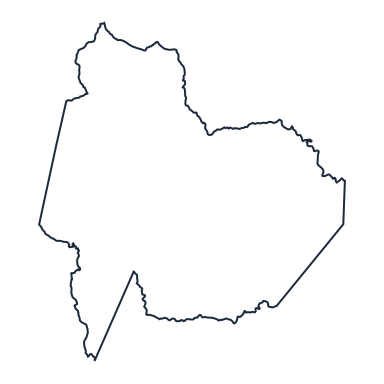 the district of Orito, Putumayo, Colombia
{"feature_id": "7082276B12408702465478", "entity_name": "Orito", "entity_type": "district", "adm_level": 2, "iso_a3": "COL", "parent_name": "Colombia", "parent_adm1": "Putumayo", "projection": "robinson", "projection_center": [-76.952, 0.681], "detail": "fine", "context": "isolated", "style": "outline", "palette": "slate", "viewbox_px": 384, "rotation_deg": 0, "n_neighbors": 0, "source": "geoboundaries", "source_scale": "gbopen_adm2", "svg_char_len": 5844}
<svg xmlns="http://www.w3.org/2000/svg" viewBox="0 0 384 384"><path d="M39.1,224.6L41.1,226.8L42.6,229.8L44.6,231.9L45.5,233.9L48.3,235.5L50.7,237.5L52.2,238.4L52.7,238.3L53.6,238.8L55.5,240.1L56.0,240.6L57.5,240.9L60.7,240.9L63.4,241.8L66.1,241.9L67.9,242.5L69.3,244.7L68.8,245.6L68.8,246.3L69.5,247.2L73.3,246.7L72.7,245.6L72.6,244.8L72.7,243.6L73.4,243.4L74.5,246.2L75.7,246.3L76.2,247.5L76.1,248.5L78.0,248.5L78.0,249.9L78.8,250.2L78.8,251.4L77.7,253.1L78.7,254.6L78.9,255.8L78.8,256.5L78.3,257.0L77.5,258.8L77.1,260.4L77.2,262.2L77.8,265.6L78.2,266.3L79.9,267.9L80.1,269.3L79.6,270.2L79.1,270.2L78.0,269.3L76.7,270.5L75.4,271.1L74.9,272.4L73.7,273.1L71.4,273.2L71.6,277.1L72.1,278.9L71.9,279.5L71.3,279.9L71.4,280.9L70.7,283.7L70.8,286.5L71.2,286.8L71.5,288.1L71.4,293.5L72.6,297.2L75.7,299.8L76.7,301.8L77.1,304.0L74.5,305.6L75.6,308.6L77.8,310.7L78.3,312.5L78.5,314.9L79.7,318.3L79.8,320.3L81.6,322.3L86.1,324.5L86.5,325.2L87.0,327.6L87.5,328.6L87.8,332.9L86.2,337.9L84.5,340.6L84.0,342.2L84.4,346.6L85.8,350.5L85.8,351.8L85.6,352.1L85.7,353.0L86.7,354.1L88.0,356.6L88.8,356.1L89.3,355.1L90.3,354.1L91.1,354.0L91.8,354.5L93.1,356.3L94.2,357.1L95.0,358.3L94.5,361.0L133.7,271.6L134.5,272.3L135.2,273.5L136.7,274.5L137.1,275.4L137.1,277.7L137.6,281.5L136.8,283.4L139.1,285.3L140.0,286.9L141.9,288.2L142.1,288.6L142.3,289.5L141.8,290.5L141.7,291.4L142.3,294.3L145.0,295.3L145.0,296.1L144.5,297.0L142.8,298.7L142.7,299.5L143.5,300.5L144.9,301.1L145.4,301.9L145.5,302.9L145.3,304.2L144.2,306.7L145.8,308.5L146.8,310.3L146.3,314.3L147.0,314.9L149.4,314.8L154.0,316.0L156.3,317.5L158.2,318.2L159.4,319.2L161.0,318.6L162.8,318.5L164.6,317.8L166.8,318.3L167.9,319.4L169.4,320.3L170.7,319.8L171.9,318.7L172.9,318.6L174.0,318.7L174.6,319.0L175.4,319.8L175.6,320.7L176.7,321.2L179.8,321.1L180.7,320.3L181.6,320.1L182.6,320.3L183.7,321.2L184.6,320.9L186.1,319.4L188.3,319.1L190.6,319.5L193.3,319.4L193.9,319.0L194.2,318.3L194.8,317.8L197.4,317.6L197.8,316.6L198.6,316.1L199.0,315.3L200.3,315.0L200.9,315.3L201.9,316.9L202.9,317.4L205.2,317.0L207.9,317.6L211.7,317.7L214.8,318.5L217.4,319.5L218.4,320.4L218.8,320.5L220.4,319.8L221.4,320.1L225.0,318.9L225.7,318.5L226.4,318.5L228.3,319.4L229.9,319.5L230.8,320.0L232.6,321.5L233.5,323.0L234.4,323.4L235.1,323.1L236.5,321.1L237.1,319.5L237.6,316.9L238.2,316.5L239.5,316.9L240.6,316.7L243.5,313.7L244.0,312.0L244.5,311.1L245.3,311.3L245.6,312.3L246.0,312.5L248.1,312.1L249.7,312.5L252.4,311.9L254.9,312.3L255.7,311.2L255.5,308.9L256.0,308.2L257.2,308.2L259.0,309.0L259.4,308.9L259.7,308.1L258.4,306.5L258.9,304.4L260.3,303.1L262.3,302.5L262.9,301.9L263.1,301.2L263.6,300.9L266.0,301.4L267.6,302.5L268.1,303.5L268.2,306.0L269.2,306.8L272.6,307.4L276.0,306.1L276.6,306.0L343.3,224.2L344.9,180.0L344.7,180.4L343.6,180.4L342.3,178.6L341.5,178.4L340.0,180.2L336.8,182.5L335.8,181.4L335.7,179.3L335.0,178.0L334.4,177.8L333.6,178.7L333.1,178.8L332.1,177.4L329.5,174.6L328.0,174.6L324.8,176.1L322.5,176.0L322.3,175.6L322.5,174.5L323.4,172.7L323.3,170.2L322.7,169.2L321.6,168.0L318.0,164.8L317.5,163.9L317.9,155.4L318.7,151.9L318.6,151.2L318.0,150.7L316.7,150.6L315.4,150.8L314.8,151.2L314.1,151.1L313.0,147.5L312.1,146.4L311.0,146.1L309.1,146.2L307.5,145.6L307.4,143.2L306.6,142.5L306.9,141.8L308.4,140.9L310.9,141.7L311.5,141.2L311.4,140.5L309.7,139.7L305.3,140.0L302.9,141.1L302.4,140.4L301.8,137.8L300.6,135.5L299.8,134.9L298.2,135.3L297.3,134.9L296.5,133.9L295.8,131.6L295.2,130.7L293.1,129.3L292.9,127.9L292.3,126.5L291.7,126.7L290.6,128.8L289.7,129.4L288.3,129.3L286.1,128.4L282.8,126.1L281.8,123.9L281.6,120.9L279.6,119.7L279.1,119.8L277.1,121.7L275.7,122.4L273.4,122.9L271.7,122.1L269.3,121.8L266.3,123.1L263.3,122.7L260.2,123.5L257.8,123.0L254.9,123.9L252.6,122.9L248.7,124.9L248.2,125.4L247.9,126.3L247.2,126.9L246.8,127.1L245.2,126.8L243.8,127.8L242.0,128.0L239.3,129.0L237.7,128.5L234.9,128.2L233.2,128.9L232.0,128.2L229.6,127.6L229.0,128.5L228.4,128.5L227.2,127.5L225.3,128.1L224.4,127.4L221.5,129.1L219.6,129.7L217.4,129.4L215.9,130.7L214.7,131.2L213.9,131.8L212.3,134.2L211.3,134.8L209.9,135.0L208.3,134.6L207.7,134.0L207.4,132.2L206.8,130.8L205.2,128.4L205.1,127.6L205.5,125.3L205.4,124.3L205.1,123.7L204.1,122.8L203.0,123.2L201.9,122.2L201.1,120.9L200.5,119.1L198.8,116.6L197.2,115.5L196.5,112.7L195.7,112.5L194.5,112.8L193.3,112.3L191.0,110.1L189.8,109.5L188.6,106.9L187.7,105.7L186.1,105.5L185.6,104.9L185.4,103.7L185.5,100.8L185.9,99.1L186.0,97.4L185.2,95.9L185.0,91.2L184.5,88.5L184.2,88.1L182.8,87.4L183.0,86.8L184.6,84.9L185.2,83.5L184.8,81.1L183.4,80.8L182.9,80.2L183.9,78.5L183.5,77.0L183.6,76.2L184.7,74.7L184.8,73.1L184.5,69.9L184.2,68.3L183.2,66.1L181.4,64.3L180.4,62.3L179.1,61.2L178.3,59.4L178.2,58.6L178.6,57.7L178.4,56.6L178.5,54.8L176.5,51.7L176.8,50.9L176.6,50.3L175.7,49.7L174.4,49.3L170.3,49.8L168.6,49.7L165.5,49.1L164.1,48.5L160.1,45.4L158.5,43.5L157.9,42.1L157.3,41.9L156.2,42.2L155.3,43.3L154.2,43.6L153.5,44.8L152.5,45.0L151.4,46.2L150.1,46.4L149.2,47.0L146.8,47.8L145.7,50.0L145.1,50.6L143.5,50.3L142.0,49.5L137.6,48.3L132.2,46.4L128.4,44.1L127.0,42.8L125.5,42.2L123.8,41.0L120.6,40.0L117.5,40.1L116.5,39.0L115.1,38.6L113.7,37.5L112.0,35.2L111.9,34.8L110.0,33.7L108.5,31.5L107.7,31.2L105.7,28.7L104.3,23.0L103.0,23.7L101.2,23.7L100.3,24.1L100.5,26.1L99.6,27.5L98.5,28.3L97.8,30.4L97.6,31.9L96.4,33.2L95.3,35.2L95.1,38.7L94.3,40.6L93.8,41.3L91.8,41.9L88.5,42.2L86.9,43.4L86.1,44.4L85.5,46.0L84.0,47.6L82.7,48.4L81.3,48.8L78.7,50.1L77.3,53.8L76.6,54.9L76.7,57.0L76.4,58.8L75.5,60.7L75.6,62.7L77.1,64.2L78.1,64.5L79.0,65.2L79.4,65.7L79.6,66.9L79.1,70.5L79.4,71.8L79.4,73.2L79.3,74.8L78.6,76.8L78.7,77.9L80.6,83.0L82.9,85.1L83.4,87.0L84.8,87.6L86.7,92.1L87.5,93.4L86.6,94.0L85.6,94.0L83.7,95.5L81.5,96.3L80.2,96.5L79.5,97.4L78.7,97.8L76.9,97.9L73.8,98.8L71.6,100.6L70.6,100.6L68.4,100.1L66.3,101.2L56.1,145.9L39.1,224.6Z" fill="none" stroke="#1e293b" stroke-width="2"/></svg>